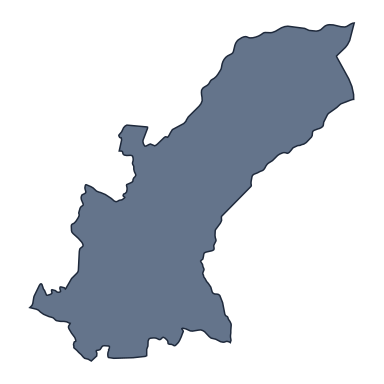 Mashonaland East, orthographic projection
{"feature_id": "ZWE-528", "entity_name": "Mashonaland East", "entity_type": "Province", "adm_level": 1, "iso_a3": "ZWE", "parent_name": "Zimbabwe", "parent_adm1": "", "projection": "orthographic", "projection_center": [31.478, -17.977], "detail": "fine", "context": "isolated", "style": "filled", "palette": "slate", "viewbox_px": 384, "rotation_deg": 0, "n_neighbors": 0, "source": "natural_earth", "source_scale": "10m", "svg_char_len": 5923}
<svg xmlns="http://www.w3.org/2000/svg" viewBox="0 0 384 384"><path d="M324.5,26.4L325.6,25.7L327.3,25.0L329.3,24.7L333.2,24.9L340.9,26.7L344.8,27.0L346.8,26.4L350.6,24.1L352.7,23.2L354.2,23.0L349.7,40.5L347.5,44.7L345.5,47.3L336.5,56.0L336.7,56.9L348.8,78.9L351.9,86.5L353.6,94.5L353.7,99.4L352.9,99.4L350.3,100.2L341.0,103.8L339.8,104.7L336.9,107.4L328.4,113.5L327.4,114.8L323.7,122.2L323.3,125.3L322.7,126.5L321.1,127.7L319.2,128.6L317.9,128.9L314.0,130.4L313.2,131.0L312.7,131.6L312.5,132.3L312.2,135.5L311.5,137.0L306.3,142.5L303.8,144.1L301.8,144.6L300.0,145.4L297.7,145.6L293.4,147.6L292.7,148.2L291.0,150.4L289.2,152.4L288.1,153.1L287.2,153.3L285.8,152.8L284.3,152.6L283.1,152.7L281.8,153.2L279.5,154.2L277.6,155.5L272.5,160.6L268.5,163.1L267.4,164.0L266.1,165.7L264.9,168.0L264.0,169.3L263.3,170.0L262.6,170.5L260.0,171.5L257.4,172.9L254.0,174.2L252.6,175.3L252.0,176.6L251.1,181.6L251.0,183.2L251.3,185.4L251.2,186.0L250.7,186.7L221.5,216.4L221.4,218.0L221.6,220.3L221.1,221.6L220.2,223.4L215.6,229.6L215.3,230.3L215.2,231.1L215.0,235.4L215.3,237.7L215.9,239.5L216.0,240.8L214.2,244.4L213.7,245.8L214.1,248.3L213.9,249.6L213.0,250.3L211.8,250.8L206.4,252.0L205.1,252.5L204.2,253.1L203.8,254.1L203.4,256.7L202.8,259.1L201.3,260.3L200.6,261.1L201.1,262.2L202.5,264.4L202.9,266.5L203.9,268.8L204.0,269.8L202.8,272.9L202.8,273.8L203.4,275.1L203.9,277.1L205.1,278.7L206.6,281.5L208.3,283.4L210.8,287.1L212.2,292.0L212.9,293.0L213.4,293.4L214.7,294.0L217.0,294.1L218.4,294.4L219.5,295.2L219.9,295.7L222.6,302.6L224.8,314.0L225.0,314.6L225.7,315.7L227.4,316.7L227.8,317.3L228.4,319.2L229.9,321.4L231.0,323.7L231.2,325.0L230.8,330.5L230.8,332.9L230.5,335.4L230.5,337.1L231.0,340.3L230.3,342.6L229.5,342.0L227.3,341.4L226.4,341.4L224.3,342.1L223.1,342.2L220.6,341.7L215.7,339.2L211.1,338.1L209.2,336.6L204.6,331.7L202.8,330.6L200.8,329.9L198.6,330.1L192.5,331.1L190.3,330.9L186.1,329.0L183.4,328.3L182.3,328.3L181.8,328.7L182.0,329.3L182.9,330.3L183.3,331.4L183.1,332.0L182.3,333.9L181.3,336.7L179.6,340.4L178.6,342.1L177.8,343.1L175.5,345.4L174.7,345.7L173.9,345.6L172.8,344.9L171.3,344.3L169.9,344.3L169.0,344.1L168.3,343.8L168.0,343.2L167.9,341.7L167.4,340.5L165.1,338.2L163.4,337.3L162.7,337.4L162.2,337.8L161.2,338.8L160.5,339.4L159.7,339.6L159.0,339.5L156.5,338.3L155.3,338.0L153.7,337.9L150.4,338.2L149.2,338.8L148.6,339.6L148.5,340.2L148.1,340.9L147.9,346.1L146.7,349.3L146.7,355.7L145.2,356.4L133.2,357.7L113.8,358.3L108.5,357.5L108.1,356.9L107.9,356.1L107.8,354.6L107.9,353.0L108.3,351.5L108.8,350.2L108.6,349.6L109.1,348.9L109.4,347.9L109.4,346.4L108.6,346.0L104.2,345.7L103.0,345.9L102.1,346.5L100.8,348.5L100.1,349.5L99.0,350.0L96.5,350.5L96.2,351.0L96.4,352.0L96.9,353.2L96.7,356.0L91.3,361.0L88.2,359.2L84.6,358.3L83.0,356.8L81.2,354.6L78.7,352.4L76.9,350.4L74.0,347.9L73.8,347.2L73.9,346.1L73.5,344.8L73.6,344.0L74.2,342.0L74.7,341.7L75.7,341.4L75.8,340.9L75.7,340.1L75.1,338.2L74.5,337.1L71.5,333.1L68.9,328.7L68.5,327.5L68.5,326.7L68.6,326.1L69.9,324.0L70.2,323.3L69.3,323.1L66.6,321.8L63.9,321.4L60.6,321.4L56.7,320.7L55.8,320.3L53.3,317.9L51.4,317.2L49.0,316.6L43.6,314.3L40.5,312.1L38.5,310.2L36.4,309.2L29.8,307.6L32.0,305.4L32.8,303.4L33.8,297.3L34.1,296.2L39.4,285.3L40.4,284.0L41.1,283.8L41.6,284.1L42.0,284.6L43.5,289.1L44.5,290.4L46.5,295.1L47.1,295.3L48.1,295.1L50.6,294.3L51.5,293.6L52.0,293.0L51.5,290.6L51.6,289.9L52.1,289.7L55.4,290.6L56.9,291.9L57.7,292.2L58.5,292.3L59.8,292.1L60.6,291.2L59.9,288.7L59.9,287.9L60.1,287.1L60.7,286.9L61.3,287.0L64.1,287.7L64.5,287.9L65.3,289.0L65.9,288.4L71.6,278.5L76.8,273.3L77.7,272.2L78.2,271.1L78.4,269.5L79.3,251.5L79.5,250.4L79.8,249.0L80.5,248.2L82.5,246.6L83.0,245.8L83.1,245.0L82.4,243.2L81.7,242.1L78.3,238.3L73.1,233.6L71.9,232.1L71.5,230.7L71.3,226.4L71.4,225.2L71.8,224.5L72.3,224.1L74.1,223.2L75.0,222.3L76.2,220.9L78.3,217.5L79.0,215.9L79.2,214.7L78.8,213.4L78.8,212.6L80.0,208.4L80.5,207.4L81.2,206.6L82.9,205.4L83.2,204.7L83.2,204.0L81.4,199.7L81.1,197.8L81.4,196.2L82.0,194.9L84.8,193.5L85.5,192.9L85.8,192.3L85.8,191.6L85.0,188.8L84.9,187.7L85.2,185.9L85.6,184.9L86.1,184.7L86.5,184.8L90.8,186.6L93.2,188.0L96.5,191.1L98.9,192.1L100.5,192.5L105.3,194.5L111.4,198.5L114.2,201.0L115.4,201.5L116.1,201.7L116.6,201.6L117.5,201.3L119.2,200.3L121.6,199.9L122.3,199.6L124.4,198.0L124.8,197.5L124.7,197.2L123.5,196.3L123.1,195.8L123.2,195.1L123.6,194.1L125.4,193.3L126.6,191.9L127.1,189.1L127.0,187.6L126.5,185.4L126.7,184.6L131.2,182.6L132.3,181.9L132.9,181.1L133.0,179.7L133.3,178.9L133.8,177.9L135.0,176.7L135.5,175.9L135.8,175.2L135.6,174.2L134.4,171.7L134.1,170.5L133.8,169.2L133.8,167.0L133.7,166.1L132.8,164.5L132.5,163.7L132.5,162.8L133.1,160.6L133.2,159.1L133.0,157.7L132.6,156.3L132.0,155.7L130.8,155.3L126.8,155.5L124.5,155.1L123.6,154.6L123.0,153.8L122.5,151.8L122.1,151.4L121.5,151.1L119.2,151.0L121.6,140.0L121.3,137.9L120.4,137.8L119.6,137.3L118.8,135.7L119.0,134.9L121.6,131.9L123.6,127.7L125.2,126.0L126.9,125.1L146.5,126.9L147.5,127.1L147.6,127.9L147.4,128.7L143.2,139.8L142.9,141.1L143.1,142.5L143.5,144.0L144.2,145.2L145.0,146.2L146.2,146.0L149.0,144.5L150.4,144.0L154.7,145.8L156.0,145.2L157.4,144.1L164.0,137.7L165.3,136.8L166.0,136.8L167.6,137.3L168.4,136.3L169.2,135.1L170.5,132.6L172.4,129.6L183.8,123.5L185.9,121.3L186.3,120.2L188.3,116.9L199.0,106.3L201.0,103.7L202.2,100.7L202.0,97.1L201.6,95.0L201.4,92.5L201.6,90.2L202.7,88.3L204.1,87.2L207.3,85.3L208.7,84.0L210.4,81.1L211.1,80.2L211.8,79.7L214.3,78.2L216.3,76.4L217.9,74.3L220.8,69.6L221.3,68.3L222.1,64.0L222.9,61.6L224.1,59.4L225.7,57.4L227.6,55.9L231.7,53.8L232.8,52.8L233.4,51.5L234.9,45.3L235.7,43.2L236.9,41.3L238.2,39.9L241.7,37.7L243.7,36.9L245.6,36.6L246.7,36.8L248.8,37.7L249.9,37.9L252.6,37.8L255.6,37.1L258.4,36.1L260.8,34.8L262.9,33.3L264.0,32.7L265.3,32.5L270.5,32.7L272.2,32.5L275.4,31.3L281.4,27.8L284.7,26.6L287.8,26.2L304.7,28.4L309.0,30.4L316.2,31.1L318.5,30.7L320.7,29.8L324.5,26.4Z" fill="#64748b" stroke="#1e293b" stroke-width="1.5"/></svg>